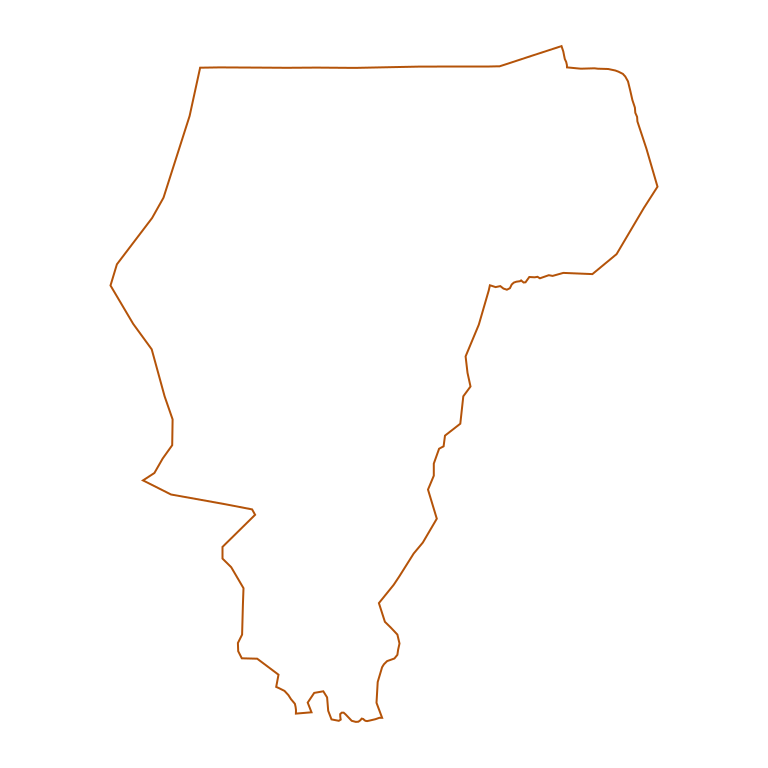 Niono, Ségou, Mali
{"feature_id": "8926073B49172345831470", "entity_name": "Niono", "entity_type": "district", "adm_level": 2, "iso_a3": "MLI", "parent_name": "Mali", "parent_adm1": "Ségou", "projection": "mercator", "projection_center": [-5.761, 14.688], "detail": "fine", "context": "isolated", "style": "outline", "palette": "amber", "viewbox_px": 768, "rotation_deg": 0, "n_neighbors": 0, "source": "geoboundaries", "source_scale": "gbopen_adm2", "svg_char_len": 2073}
<svg xmlns="http://www.w3.org/2000/svg" viewBox="0 0 768 768"><path d="M143.0,480.4L171.0,494.5L225.6,504.3L252.1,509.4L255.1,514.8L222.5,546.9L222.5,558.6L231.2,567.2L243.5,588.2L242.9,604.9L242.1,634.6L237.9,643.0L238.2,651.2L241.8,658.3L257.2,658.7L278.5,674.7L276.2,686.9L279.1,688.2L284.5,690.9L288.4,695.1L291.0,699.2L294.9,703.8L295.6,707.0L296.0,710.1L295.9,713.6L311.5,712.3L307.7,702.6L314.2,692.9L323.3,691.3L327.1,697.4L328.2,710.8L331.5,719.4L338.8,720.8L340.7,719.6L340.3,717.0L340.2,714.1L341.7,712.7L343.7,712.7L345.6,714.4L351.7,720.8L355.8,721.9L358.4,721.7L360.3,720.3L361.7,718.6L363.2,719.0L364.5,720.2L365.4,720.8L367.1,721.1L369.9,720.5L375.4,719.2L379.4,717.8L382.1,717.8L376.5,702.8L377.7,682.0L382.1,667.2L383.9,664.3L387.1,661.1L394.4,658.5L397.4,654.8L398.1,649.8L399.0,645.8L399.5,643.5L397.4,634.6L390.9,627.7L384.9,621.8L378.9,603.1L393.7,584.8L399.1,576.7L413.7,553.5L422.8,542.6L436.8,518.7L428.0,489.6L433.8,475.7L433.8,463.6L439.1,448.7L443.6,446.3L445.0,435.6L460.3,423.7L463.3,396.3L470.5,386.5L467.5,372.8L465.6,356.4L478.8,324.7L488.7,290.6L489.9,285.3L491.3,285.7L495.6,287.1L500.3,286.1L503.5,288.6L504.8,289.0L506.9,289.7L509.9,288.2L510.2,287.6L511.7,284.5L513.8,282.6L516.4,281.7L520.0,281.2L521.1,280.4L523.6,282.5L525.5,282.3L529.3,277.0L534.7,277.3L537.5,276.8L539.9,278.3L548.8,275.2L552.6,275.9L563.3,272.9L592.4,274.1L616.6,254.1L643.9,207.9L657.5,186.7L646.4,148.6L637.4,121.4L637.1,116.9L635.3,112.8L634.9,107.6L633.4,103.1L632.4,100.1L630.2,90.4L628.0,81.4L625.2,76.4L624.3,75.5L622.9,73.9L618.5,71.7L615.3,70.5L608.2,69.0L597.8,68.7L594.5,68.3L580.9,68.7L576.6,68.3L570.5,67.7L567.0,67.4L566.9,65.0L566.2,62.0L564.8,59.0L564.2,56.1L563.3,51.5L561.5,46.1L531.7,55.8L507.7,63.7L499.6,66.3L498.5,66.3L489.5,66.5L470.4,66.5L419.4,66.6L354.9,67.9L316.6,67.6L286.7,67.8L257.2,67.6L219.6,67.4L200.1,67.7L199.9,68.8L189.6,116.0L163.5,197.7L152.1,218.0L116.9,264.3L110.5,285.5L133.2,323.9L151.7,349.3L164.6,396.3L172.6,419.4L172.2,445.2L162.7,458.5L154.4,473.0L143.0,480.4Z" fill="none" stroke="#b45309" stroke-width="2"/></svg>